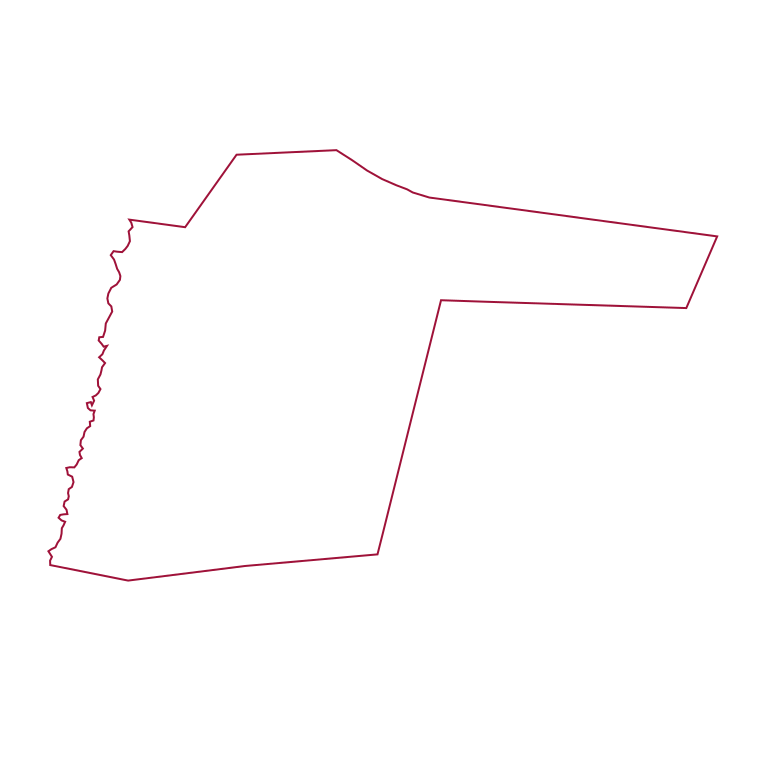 the district of Manoel Emídio, Piauí, Brazil, rotated 187°
{"feature_id": "56859067B6824305112078", "entity_name": "Manoel Emídio", "entity_type": "district", "adm_level": 2, "iso_a3": "BRA", "parent_name": "Brazil", "parent_adm1": "Piauí", "projection": "mercator", "projection_center": [-43.851, -8.19], "detail": "fine", "context": "isolated", "style": "outline", "palette": "rose", "viewbox_px": 768, "rotation_deg": 187, "n_neighbors": 0, "source": "geoboundaries", "source_scale": "gbopen_adm2", "svg_char_len": 1652}
<svg xmlns="http://www.w3.org/2000/svg" viewBox="0 0 768 768"><g transform="rotate(187 384 384)"><path d="M661.5,450.2L666.4,446.3L667.4,443.5L668.6,440.3L669.0,435.2L667.4,430.4L664.1,427.8L662.6,422.8L667.5,410.2L667.3,403.0L668.6,396.5L672.3,395.7L672.5,392.4L669.1,389.4L666.8,386.9L663.6,388.1L666.1,383.1L667.1,379.3L670.0,375.8L666.4,373.2L663.4,370.8L665.9,366.3L666.1,363.0L666.6,358.9L668.6,353.7L667.5,347.4L664.8,344.4L666.4,340.3L668.6,337.6L671.7,335.6L669.7,332.1L671.3,327.3L672.8,330.3L676.6,328.8L675.0,324.1L672.1,322.1L667.9,322.3L668.7,318.7L667.9,315.5L667.9,312.4L671.4,310.7L670.5,306.4L673.5,303.8L675.4,299.9L675.8,295.1L678.0,291.3L677.9,286.3L675.0,283.2L678.0,279.5L677.1,276.5L675.0,273.6L677.7,271.2L679.2,266.7L681.2,263.5L685.7,263.1L689.1,261.9L687.6,258.7L686.8,255.6L682.2,254.0L680.2,248.8L681.2,243.8L684.1,241.2L684.3,237.2L683.2,234.2L683.5,231.0L686.7,228.4L687.1,223.8L683.8,220.5L682.4,216.3L686.1,215.6L689.4,214.6L690.7,211.6L687.4,209.3L683.7,208.4L684.8,204.8L686.2,201.6L685.8,196.1L686.3,190.9L688.6,186.8L690.2,181.9L693.9,179.6L696.7,177.1L692.5,172.0L693.9,168.0L693.2,163.6L618.3,158.0L614.0,157.7L499.9,186.4L369.7,214.1L367.0,235.4L351.3,363.3L337.6,474.1L292.4,478.1L93.2,496.2L71.3,571.1L361.7,574.6L378.8,577.6L384.7,580.0L396.1,582.8L410.9,587.2L426.8,593.8L442.8,602.2L459.7,610.3L558.3,593.6L600.5,515.4L656.8,516.1L654.5,513.3L652.7,509.1L656.1,504.4L654.9,500.5L653.6,494.8L655.2,489.9L657.2,486.5L660.0,483.0L665.0,482.8L668.6,482.9L670.9,478.6L667.1,474.6L665.0,470.4L662.9,465.8L660.5,462.6L658.8,459.0L658.8,455.2L661.5,450.2Z" fill="none" stroke="#9f1239" stroke-width="2"/></g></svg>